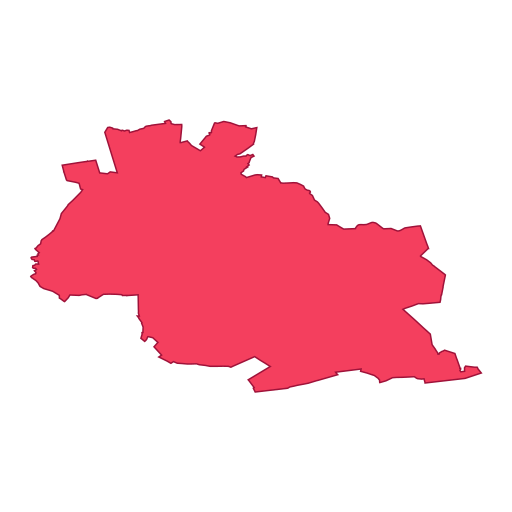 Zemītes pag., Kandavas, Latvia
{"feature_id": "27541924B24941792791033", "entity_name": "Zemītes pag.", "entity_type": "district", "adm_level": 2, "iso_a3": "LVA", "parent_name": "Latvia", "parent_adm1": "Kandavas", "projection": "equal_earth", "projection_center": [22.809, 56.907], "detail": "fine", "context": "isolated", "style": "filled", "palette": "rose", "viewbox_px": 512, "rotation_deg": 0, "n_neighbors": 0, "source": "geoboundaries", "source_scale": "gbopen_adm2", "svg_char_len": 5897}
<svg xmlns="http://www.w3.org/2000/svg" viewBox="0 0 512 512"><path d="M104.8,132.3L116.2,169.3L117.3,172.8L110.2,171.9L108.0,173.5L107.4,173.8L99.7,172.9L95.7,160.2L88.9,161.2L88.0,161.3L87.5,161.0L86.7,161.6L86.3,161.5L78.7,162.6L62.2,165.2L63.8,171.4L63.7,171.8L63.9,171.9L66.4,179.8L67.1,180.6L75.2,182.2L77.5,182.8L79.1,183.3L80.6,189.0L82.6,189.6L82.1,190.4L80.7,192.4L72.7,200.5L68.1,204.7L67.9,205.4L67.0,206.6L61.5,213.4L61.4,213.5L61.3,213.8L60.0,218.6L59.4,219.8L53.5,231.0L53.3,230.9L52.7,230.9L52.0,232.0L48.7,234.7L45.3,237.3L41.9,239.6L41.6,240.3L41.2,240.7L40.6,243.8L38.1,245.6L36.0,248.1L35.0,248.5L35.4,249.3L36.2,250.0L39.2,252.7L38.0,253.7L38.1,254.4L38.4,255.0L37.2,255.2L37.2,255.3L37.3,256.4L31.6,257.1L31.1,257.6L31.3,258.4L32.0,259.4L34.3,259.8L34.8,261.3L35.1,261.4L35.8,261.3L37.7,261.0L37.9,261.1L38.0,261.2L38.1,261.4L38.3,262.8L38.6,264.1L37.7,264.1L37.0,264.0L35.6,264.1L34.7,265.2L34.4,265.3L32.9,265.6L32.7,266.7L32.6,267.5L32.9,267.9L33.7,268.3L35.6,268.3L36.5,269.5L34.8,270.6L34.4,270.7L34.5,270.9L35.9,272.3L35.7,273.7L35.4,273.9L34.2,274.1L32.5,275.1L30.7,276.4L30.7,276.5L31.7,277.7L33.0,278.4L33.2,278.7L35.9,280.5L38.1,282.9L39.9,286.2L40.2,286.3L40.2,286.5L43.8,288.6L50.9,290.7L52.7,291.3L59.3,295.3L59.4,298.1L60.3,298.6L64.1,301.4L64.6,301.6L65.0,301.2L68.3,297.7L68.8,296.8L69.9,295.0L79.2,295.4L81.9,294.8L86.3,294.4L86.3,294.5L96.0,298.5L97.5,298.3L97.5,298.1L103.4,294.3L109.4,294.1L116.6,294.3L121.8,294.7L122.4,295.5L127.2,295.4L127.2,295.6L127.5,295.5L132.3,295.2L138.1,294.8L138.2,297.5L138.4,309.4L138.5,311.2L138.4,313.2L139.3,316.0L137.3,316.0L138.7,317.8L138.9,318.5L141.9,322.6L141.6,323.2L143.1,327.0L142.9,332.5L142.0,332.6L142.1,334.3L140.9,338.3L144.7,341.4L145.7,340.5L146.6,339.4L147.8,336.7L148.5,336.7L152.8,337.7L153.1,338.0L157.9,342.4L154.0,346.8L161.6,355.1L158.8,357.0L167.1,361.1L170.9,363.3L173.5,361.6L177.2,363.2L181.7,363.5L187.5,364.0L190.6,364.0L196.5,363.8L199.2,364.7L205.3,365.4L210.0,366.3L216.9,366.3L223.1,366.2L228.4,366.3L230.9,367.2L231.3,367.0L233.4,366.0L254.7,356.6L257.6,358.5L260.0,360.1L265.1,363.2L270.3,366.5L248.2,379.8L248.9,380.6L254.2,387.6L253.3,388.2L255.2,392.0L287.7,388.2L287.8,388.2L289.7,387.0L294.0,386.1L297.3,385.3L304.8,383.9L308.3,383.2L316.5,380.7L317.8,380.4L337.7,374.7L336.3,373.2L335.6,372.2L361.1,369.0L360.6,371.3L367.2,373.1L372.2,374.8L372.5,374.7L372.6,374.8L372.8,375.0L374.2,375.4L374.5,375.6L378.4,378.5L378.6,379.0L379.5,379.9L379.6,381.1L379.7,382.4L379.8,382.6L386.0,380.8L392.5,377.7L396.6,377.4L402.2,377.3L408.9,377.0L414.3,376.7L416.5,378.2L417.7,378.7L421.8,379.1L424.0,378.8L425.1,382.9L425.1,383.0L465.1,378.4L481.3,373.0L478.0,368.9L477.2,367.2L474.5,367.2L465.6,366.1L464.5,367.8L464.6,371.3L460.8,371.8L459.9,370.4L460.7,369.1L460.6,368.3L459.8,368.3L459.7,367.1L457.0,359.4L456.9,359.4L454.9,353.5L444.6,350.2L443.1,351.1L442.2,351.3L439.5,352.9L439.1,354.1L438.0,354.2L437.7,353.0L437.6,352.8L436.8,351.6L435.7,350.0L435.5,349.5L432.1,344.7L430.3,334.1L423.3,327.8L418.9,323.7L413.9,319.1L402.9,309.3L405.1,308.3L411.8,306.1L418.4,303.6L423.0,303.8L427.7,303.4L440.0,302.3L440.6,299.8L440.9,296.5L441.4,294.7L441.6,294.7L443.1,287.0L443.0,286.8L445.4,275.0L444.7,274.3L434.6,266.6L434.4,266.3L432.5,265.1L430.6,262.8L426.5,259.7L425.3,259.1L424.9,258.8L423.1,257.8L420.7,256.5L420.5,256.3L420.5,256.0L420.5,255.9L428.2,248.5L428.5,248.5L427.8,246.4L426.8,243.9L420.4,225.9L417.6,226.1L410.9,227.0L405.1,227.9L404.5,228.1L402.1,229.5L400.2,230.5L398.8,230.9L398.0,231.0L397.2,230.9L391.1,228.5L390.7,228.5L384.0,228.8L383.4,228.7L382.6,228.2L376.4,223.4L375.3,222.9L373.1,222.4L372.1,222.4L370.6,222.9L367.9,224.0L366.5,224.5L363.7,224.7L361.0,224.6L359.1,224.7L358.6,224.9L358.2,225.0L357.6,225.5L357.1,225.9L356.1,227.2L355.6,228.0L355.5,228.6L343.9,229.1L343.5,229.0L338.6,226.1L336.7,224.9L328.1,224.6L328.1,223.6L329.7,218.4L328.5,214.4L325.2,212.3L322.2,208.0L318.7,203.3L317.4,201.9L315.2,200.5L314.7,200.2L314.4,199.9L314.1,199.2L312.6,195.9L312.4,195.5L311.3,194.7L310.1,193.9L309.6,193.4L309.5,193.1L310.4,192.1L310.2,191.3L309.3,190.6L308.8,190.4L307.6,190.3L305.3,189.1L305.1,188.9L304.7,188.3L304.2,187.4L303.6,186.1L300.6,184.5L296.9,182.9L293.6,182.7L288.1,183.0L282.9,183.2L281.4,182.9L280.8,183.0L278.1,178.5L273.5,177.9L272.4,176.9L266.0,175.8L265.3,177.6L261.3,176.9L261.6,175.0L257.3,174.7L254.9,175.0L246.4,177.6L245.5,176.6L245.3,176.6L241.3,174.3L240.9,172.9L243.4,171.0L243.5,171.0L244.0,169.4L244.5,169.0L245.4,168.5L247.4,167.2L246.7,166.9L249.1,165.0L247.9,163.6L249.1,162.7L249.3,161.8L250.2,159.5L250.9,157.9L251.2,157.5L254.0,156.1L252.8,154.5L252.0,154.9L251.1,155.1L250.4,155.6L249.8,155.5L248.3,154.8L247.7,154.6L247.0,155.0L246.4,155.5L246.0,156.1L243.5,156.1L240.4,156.9L237.0,157.0L236.7,156.8L235.1,156.1L237.5,154.4L240.0,153.8L247.9,148.3L253.6,144.1L253.4,143.4L254.3,141.5L255.7,134.7L256.8,127.6L251.4,128.8L245.6,126.9L245.8,125.9L246.6,125.6L246.4,125.6L239.3,125.9L239.0,125.8L237.9,125.5L230.3,122.8L223.9,121.5L223.7,121.5L217.8,123.3L217.7,123.3L215.0,122.8L214.5,123.1L211.4,130.8L211.4,131.3L211.5,132.3L211.4,132.6L211.0,132.7L209.2,132.7L209.0,133.0L209.7,133.9L209.8,134.7L209.7,135.0L206.4,136.2L199.9,144.1L204.4,147.1L204.5,147.2L200.5,150.7L200.3,150.7L191.6,145.6L191.2,145.2L189.5,143.2L188.5,142.3L187.6,141.4L187.3,140.9L180.9,142.6L180.2,142.6L180.2,141.6L180.6,138.8L181.7,127.6L181.8,126.0L181.7,124.5L174.9,124.6L174.2,124.5L171.3,123.7L171.1,123.5L170.9,121.7L169.1,120.0L164.6,121.5L165.5,123.4L151.7,125.2L150.0,125.7L148.7,125.8L146.3,126.2L145.8,126.4L145.4,126.6L144.9,127.1L144.0,128.1L143.5,128.4L139.8,129.2L137.4,130.6L136.2,130.7L132.8,131.7L130.9,132.2L129.6,132.5L129.0,130.4L126.8,130.2L124.4,131.0L123.2,130.5L122.1,130.2L121.5,130.8L117.6,129.3L112.9,128.8L112.7,128.1L110.1,127.3L109.7,127.2L107.7,127.5L104.8,132.3Z" fill="#f43f5e" stroke="#9f1239" stroke-width="1.5"/></svg>